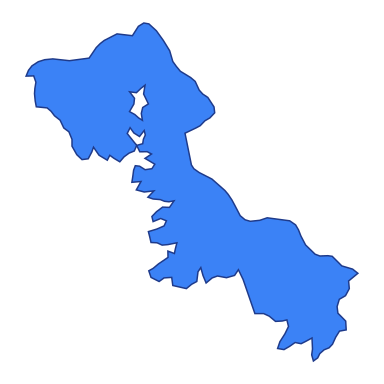 outline of Rifaina, São Paulo, Brazil
{"feature_id": "56859067B80116249125616", "entity_name": "Rifaina", "entity_type": "district", "adm_level": 2, "iso_a3": "BRA", "parent_name": "Brazil", "parent_adm1": "São Paulo", "projection": "orthographic", "projection_center": [-47.445, -20.065], "detail": "fine", "context": "isolated", "style": "filled", "palette": "blue", "viewbox_px": 384, "rotation_deg": 0, "n_neighbors": 0, "source": "geoboundaries", "source_scale": "gbopen_adm2", "svg_char_len": 2634}
<svg xmlns="http://www.w3.org/2000/svg" viewBox="0 0 384 384"><path d="M26.1,76.1L33.7,75.9L35.9,82.2L34.9,88.3L34.5,93.6L35.2,100.9L36.3,106.8L47.1,107.9L51.1,111.3L54.5,115.8L60.1,120.2L63.8,128.0L68.9,131.8L72.0,139.4L72.0,146.2L76.8,154.7L82.0,159.6L88.2,158.8L91.8,152.0L93.5,147.2L99.0,155.2L107.3,160.2L109.8,155.3L114.1,158.4L119.8,161.8L124.1,156.8L129.1,153.1L134.3,151.0L136.7,145.4L139.8,151.8L147.2,151.7L151.5,154.0L145.0,158.4L150.0,161.3L154.8,164.2L151.9,168.7L145.1,169.7L139.6,166.2L135.3,165.7L133.6,170.2L132.9,175.7L131.9,182.3L141.0,181.5L136.3,189.9L144.2,192.0L153.9,190.9L147.9,197.2L153.1,199.0L160.3,199.6L164.5,201.3L169.0,201.8L174.0,200.8L169.5,207.4L162.6,207.1L156.5,211.7L151.9,216.5L153.1,221.6L160.7,218.5L166.4,220.8L164.1,225.9L156.7,229.1L148.4,231.6L149.8,237.2L151.0,242.5L157.1,242.8L162.1,245.1L167.9,244.6L176.9,242.8L175.4,248.7L174.4,253.5L167.9,251.1L168.0,257.4L158.6,263.8L153.1,268.4L148.8,270.8L151.0,277.4L159.1,281.5L164.1,277.9L171.7,277.4L172.8,285.5L178.5,286.8L186.4,288.6L191.6,284.3L196.8,281.5L198.0,271.8L200.8,267.6L203.0,275.5L206.1,283.0L212.2,277.9L217.5,276.0L221.7,276.8L226.5,277.7L234.6,275.4L238.4,269.7L243.1,279.5L254.9,313.6L263.7,313.6L269.3,316.2L275.5,321.4L282.3,321.0L286.9,319.9L288.5,326.5L284.9,333.9L279.9,341.7L277.6,348.5L284.0,349.6L289.7,346.3L295.1,342.5L301.1,343.7L305.5,341.5L312.0,338.0L312.5,349.1L311.7,354.9L313.4,361.0L317.7,357.9L319.8,353.6L324.1,349.8L329.1,347.8L332.5,344.2L335.7,337.2L339.5,331.1L346.2,329.9L345.7,321.1L341.2,316.5L337.9,313.2L337.1,306.6L339.3,299.3L345.5,295.7L349.3,288.6L348.6,281.0L357.9,273.3L352.6,269.1L341.8,265.9L332.2,256.3L327.9,255.7L319.9,256.0L315.1,254.2L305.6,245.0L300.9,236.0L298.5,229.9L295.6,224.9L289.7,220.8L267.2,217.8L259.8,220.3L250.3,221.3L245.1,219.8L240.2,215.7L235.1,205.9L232.0,200.1L228.1,194.3L224.9,190.5L212.0,179.1L199.1,172.5L193.8,168.7L191.4,164.9L185.0,133.2L196.1,127.9L200.2,125.7L204.9,120.8L209.9,117.9L214.7,112.8L214.0,106.9L207.8,97.4L202.8,94.1L199.2,90.1L195.2,81.4L190.6,77.5L180.4,71.3L176.4,66.5L172.8,61.5L169.7,50.8L163.3,40.4L156.4,30.8L148.9,23.9L143.8,23.0L138.4,26.3L132.4,35.7L117.0,33.9L104.3,40.4L100.3,43.5L96.3,47.5L89.1,58.1L69.4,60.7L52.8,58.9L44.7,59.7L38.3,61.7L32.0,65.8L28.5,70.3L26.1,76.1ZM142.4,120.3L138.6,117.9L134.8,114.5L129.5,111.6L133.9,104.0L134.5,98.3L129.6,91.8L136.4,92.7L141.0,88.3L145.0,85.2L143.6,94.0L148.4,103.9L142.7,107.5L141.3,113.5L142.4,120.3ZM136.7,145.4L127.2,133.5L130.1,127.7L133.9,133.0L139.5,136.5L144.2,130.5L145.3,135.0L143.4,139.2L142.7,143.7L136.7,145.4Z" fill="#3b82f6" stroke="#1e3a8a" stroke-width="1.5"/></svg>